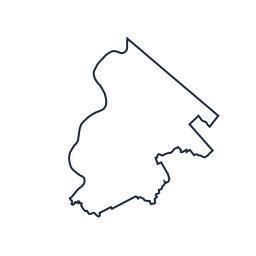 the district of Libertador General San Martín, Misiones, Argentina, rotated 332°
{"feature_id": "61730980B51540012847440", "entity_name": "Libertador General San Martín", "entity_type": "district", "adm_level": 2, "iso_a3": "ARG", "parent_name": "Argentina", "parent_adm1": "Misiones", "projection": "orthographic", "projection_center": [-54.98, -26.87], "detail": "fine", "context": "isolated", "style": "outline", "palette": "slate", "viewbox_px": 256, "rotation_deg": 332, "n_neighbors": 0, "source": "geoboundaries", "source_scale": "gbopen_adm2", "svg_char_len": 4261}
<svg xmlns="http://www.w3.org/2000/svg" viewBox="0 0 256 256"><g transform="rotate(332 128 128)"><path d="M169.4,48.8L169.2,49.2L168.3,50.5L167.9,51.3L167.6,51.7L167.2,52.5L167.0,52.8L166.8,53.2L166.4,53.8L166.4,54.0L165.3,56.0L164.7,57.2L164.4,57.5L163.9,58.1L163.3,58.4L162.7,58.8L162.1,59.1L161.2,59.3L160.8,59.4L160.4,59.5L159.3,59.4L158.8,59.4L158.3,59.3L157.8,59.1L157.1,58.6L156.5,58.2L156.2,57.8L156.0,57.5L154.4,55.6L153.2,54.5L151.2,53.2L150.3,53.0L149.1,52.8L147.3,52.8L145.5,52.8L143.5,53.1L142.2,53.4L141.1,53.8L138.8,54.6L137.9,55.0L135.9,55.6L134.1,56.2L132.1,57.0L131.3,57.3L130.6,57.7L129.0,58.8L127.4,59.9L125.7,61.1L124.2,62.3L123.6,63.2L123.2,64.2L122.8,65.0L122.5,66.0L122.3,67.0L122.1,68.3L122.0,69.9L122.1,71.7L122.2,72.5L122.4,73.6L122.5,74.0L122.6,74.7L123.0,76.1L123.2,77.0L123.4,78.9L123.5,79.6L123.5,80.0L123.6,80.8L123.6,83.2L123.6,86.9L123.0,88.8L123.0,89.0L122.9,89.8L122.7,90.5L122.5,91.2L122.3,91.8L122.2,92.2L121.9,92.9L121.7,93.4L121.5,93.8L121.3,94.2L121.0,94.8L120.6,95.4L120.2,96.2L119.8,96.9L118.1,98.3L116.7,99.2L115.9,99.5L115.3,99.7L114.7,99.8L113.7,99.8L111.3,99.7L110.4,99.6L109.7,99.5L109.0,99.5L108.9,99.4L108.0,99.3L107.4,99.2L106.5,99.2L105.6,99.2L104.8,99.2L103.9,99.2L102.9,99.2L101.9,99.4L101.1,99.4L100.4,99.5L99.4,99.5L98.6,99.7L97.8,99.8L97.0,100.1L96.3,100.2L95.5,100.5L95.2,100.6L93.4,101.0L92.2,101.4L90.0,102.2L88.2,103.0L87.3,103.9L87.1,104.0L86.3,104.7L85.8,105.2L85.1,105.9L84.6,106.6L83.9,107.3L83.5,108.0L82.8,109.0L82.4,109.5L82.0,110.1L81.9,110.2L81.7,110.5L80.3,112.4L79.8,113.0L79.2,114.0L78.5,114.9L78.3,115.1L77.1,116.2L76.3,116.7L75.3,117.3L73.2,117.9L72.0,118.4L71.0,119.0L70.5,119.2L69.9,119.6L69.2,120.0L68.3,120.5L67.8,120.8L66.8,121.5L65.7,122.1L64.4,123.4L63.8,124.0L62.7,125.7L62.0,126.6L61.7,127.3L61.3,128.2L60.9,129.0L60.8,129.4L60.3,130.9L60.1,131.9L59.8,133.0L59.6,134.0L59.4,134.9L59.3,135.8L59.3,136.9L59.6,137.9L59.6,138.1L60.1,139.7L60.3,140.4L60.7,141.4L61.2,142.4L61.6,143.4L61.8,144.1L62.0,144.5L62.7,145.8L63.1,146.7L63.6,147.6L64.2,148.3L64.8,149.2L65.3,150.0L65.5,150.6L65.6,150.9L65.7,151.8L65.5,152.2L65.4,152.9L65.0,153.9L64.4,155.0L63.3,156.2L62.1,157.0L61.3,157.3L60.1,157.7L59.1,158.0L58.0,158.1L56.6,158.4L55.8,158.5L54.5,158.9L53.3,159.3L52.5,159.6L51.4,160.1L50.1,160.8L49.1,161.2L47.6,161.8L45.9,162.4L45.4,162.5L44.2,162.8L43.6,162.8L43.6,163.9L43.6,164.2L44.2,165.6L44.3,165.7L44.2,166.3L44.0,167.3L43.3,167.8L42.5,168.4L43.3,169.9L44.3,169.8L45.1,169.7L46.6,168.7L47.5,169.9L49.1,169.2L50.3,169.9L49.3,171.3L51.1,171.8L51.6,173.3L51.0,173.8L50.2,174.3L50.3,175.1L50.4,175.7L50.4,176.2L50.4,178.0L50.6,178.8L50.7,179.3L50.8,179.6L51.4,181.4L52.9,181.9L53.0,183.7L53.2,185.5L54.7,186.3L56.6,186.5L58.3,187.1L58.9,188.8L59.4,190.6L60.3,192.2L61.5,192.4L62.4,191.4L63.0,189.6L64.7,189.7L75.7,189.8L75.8,189.8L75.9,191.8L102.8,192.0L103.5,193.2L103.7,195.0L105.2,194.5L106.3,194.8L107.4,196.3L108.5,197.8L108.6,199.0L108.7,199.7L109.9,200.7L111.2,201.8L111.6,202.0L112.9,202.6L112.8,203.1L112.7,203.8L112.6,204.3L112.7,206.2L113.9,206.3L114.4,206.4L115.8,207.2L117.3,206.3L117.6,204.5L118.4,203.2L119.8,202.8L120.1,202.8L121.1,202.5L120.8,200.6L121.9,199.6L123.6,200.0L125.2,199.8L126.1,197.2L128.9,197.6L130.6,196.0L133.1,195.1L134.7,194.2L135.2,192.5L136.0,194.3L136.4,194.4L138.6,194.2L140.6,192.4L141.6,187.4L141.2,175.8L141.2,175.3L141.1,174.8L141.1,173.9L139.6,173.8L139.1,173.8L137.3,173.7L138.3,167.3L139.5,167.8L140.2,166.9L141.3,165.9L143.2,165.6L144.1,166.8L145.5,168.5L146.2,168.5L146.7,168.6L148.6,168.5L150.3,168.8L152.3,169.1L153.9,170.0L155.7,169.7L157.4,169.0L159.1,168.2L163.3,168.5L164.0,171.0L164.4,172.3L163.3,173.8L164.2,174.7L164.3,174.8L169.3,174.7L168.5,176.7L172.3,176.3L172.6,177.9L173.6,183.1L174.3,183.1L175.4,183.1L176.8,183.9L177.6,185.5L179.3,186.4L180.6,188.7L181.9,189.9L185.1,189.8L186.9,189.2L188.6,188.5L190.4,188.2L191.3,188.0L192.2,187.7L184.6,155.7L184.1,153.6L196.0,150.3L196.3,151.7L196.5,153.6L196.7,155.4L197.5,157.1L198.8,158.3L199.8,159.8L199.7,161.6L200.1,163.4L200.7,165.2L211.6,160.4L213.5,159.6L212.9,158.3L211.9,155.6L192.1,105.9L178.5,71.7L177.0,67.8L174.7,62.0L174.5,61.5L174.1,60.5L172.4,56.4L171.8,54.6L171.6,54.3L169.9,50.0L169.5,49.0L169.4,48.8Z" fill="none" stroke="#1e293b" stroke-width="2"/></g></svg>